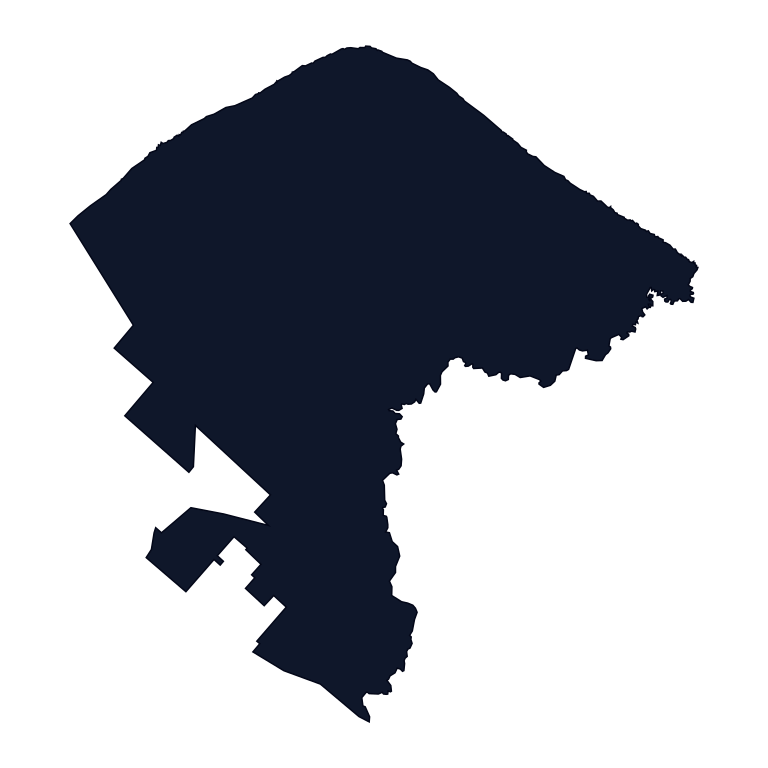 the district of Punta Indio, Buenos Aires, Argentina, rotated 270°
{"feature_id": "61730980B33989982283720", "entity_name": "Punta Indio", "entity_type": "district", "adm_level": 2, "iso_a3": "ARG", "parent_name": "Argentina", "parent_adm1": "Buenos Aires", "projection": "robinson", "projection_center": [-57.315, -35.457], "detail": "fine", "context": "isolated", "style": "filled", "palette": "ink", "viewbox_px": 768, "rotation_deg": 270, "n_neighbors": 0, "source": "geoboundaries", "source_scale": "gbopen_adm2", "svg_char_len": 6140}
<svg xmlns="http://www.w3.org/2000/svg" viewBox="0 0 768 768"><g transform="rotate(270 384 384)"><path d="M500.6,697.9L501.2,695.9L502.6,696.5L503.2,695.2L505.1,695.0L505.0,693.7L506.6,693.7L505.4,691.9L506.3,689.4L508.4,688.5L508.3,687.6L510.8,685.6L510.5,684.6L512.3,682.7L511.7,681.7L513.1,681.7L512.8,680.6L513.8,680.7L513.5,679.9L515.3,677.4L518.9,675.4L518.9,673.1L522.8,670.0L525.3,665.6L525.7,663.1L528.2,663.1L530.1,658.8L531.5,657.8L531.1,655.0L533.5,654.3L534.5,650.1L537.2,648.3L536.5,646.4L537.8,645.5L539.4,640.8L542.1,638.3L543.7,638.3L544.9,636.7L544.4,635.2L547.6,632.5L547.1,631.1L548.1,630.2L547.8,627.6L549.8,624.3L550.7,624.2L553.4,617.5L554.8,617.1L555.4,614.8L558.1,613.3L560.4,610.6L561.4,610.6L560.4,609.4L560.7,607.6L567.0,601.0L566.9,597.5L571.7,593.4L573.1,590.0L574.7,589.3L574.7,586.5L576.5,586.2L576.3,584.4L578.5,579.8L584.8,570.2L587.3,567.9L588.2,565.6L591.6,563.9L595.6,554.8L602.5,544.2L611.2,535.9L611.6,532.8L614.2,527.6L616.2,526.3L617.8,526.4L620.6,521.0L624.7,517.6L628.0,512.8L628.9,512.8L632.4,508.0L632.0,507.1L634.0,506.2L635.9,503.4L636.2,501.6L637.4,501.4L652.7,483.7L667.0,464.4L669.3,462.9L672.1,458.7L674.7,456.8L680.6,449.5L688.1,438.2L694.2,433.4L698.1,427.8L700.5,420.8L704.8,412.0L706.8,410.2L708.1,407.4L709.9,396.4L715.7,382.5L716.7,381.8L718.0,378.1L717.6,377.4L719.3,375.9L720.1,371.5L721.6,370.1L721.9,365.7L720.4,364.8L720.5,360.0L719.3,358.3L720.3,350.8L720.0,346.8L718.7,344.6L719.4,343.0L719.0,341.3L713.7,332.0L714.0,330.4L712.3,327.1L710.7,325.4L710.6,322.9L706.9,314.9L704.7,313.2L705.0,311.6L702.1,305.5L702.4,302.3L696.4,294.2L695.8,292.2L694.7,292.1L692.5,289.2L690.9,284.6L686.9,277.7L687.2,276.9L685.4,276.8L685.8,276.0L683.7,274.2L678.8,265.0L675.0,260.1L675.2,258.7L674.3,258.2L673.5,255.5L670.0,252.3L662.3,234.9L660.5,225.9L653.8,214.0L651.4,206.4L649.4,204.2L643.2,191.5L637.0,184.7L636.7,183.2L635.4,183.0L635.6,181.8L633.0,180.5L633.4,179.1L631.8,178.7L632.8,177.1L630.7,174.0L629.6,173.9L627.6,170.8L627.4,168.3L625.6,166.9L624.5,163.0L625.7,161.2L622.5,160.3L623.2,158.5L620.6,158.2L620.6,156.8L617.7,156.5L615.3,149.9L611.7,148.0L609.7,144.9L608.3,144.7L599.5,131.8L589.6,123.2L588.7,121.3L587.7,121.3L578.7,110.9L573.4,106.2L562.4,90.6L552.2,78.0L544.4,70.1L442.8,133.4L419.9,114.2L385.6,153.2L352.2,124.8L295.7,188.9L301.3,193.4L342.6,195.4L273.1,270.5L255.9,254.7L242.5,268.5L254.0,223.8L260.3,190.9L235.2,161.5L240.3,155.7L235.2,154.1L218.5,151.4L210.4,146.2L176.3,185.9L208.5,214.0L202.9,220.2L206.7,223.4L212.3,217.3L231.3,234.0L219.9,247.2L218.3,245.8L203.7,261.0L193.2,251.6L190.2,254.8L179.6,245.5L162.3,264.2L172.5,273.7L160.9,286.3L126.8,256.8L124.3,259.8L116.1,252.9L97.3,283.9L83.9,320.4L51.4,359.0L46.1,369.2L51.2,369.6L61.2,365.2L62.1,362.9L70.4,361.8L75.8,366.3L75.7,367.6L74.4,369.1L74.0,378.4L75.7,382.2L74.0,383.5L73.7,386.3L73.9,387.7L77.0,388.1L76.2,390.5L76.8,391.4L82.5,390.8L87.7,386.9L88.9,388.6L92.1,390.0L95.2,395.0L99.9,397.2L98.9,400.4L96.7,402.5L97.4,403.9L104.4,404.6L107.4,404.1L109.8,405.1L111.6,407.2L116.5,406.6L118.9,407.9L119.9,410.0L124.6,412.1L128.4,410.9L131.1,411.2L132.6,409.6L137.0,412.3L148.5,414.5L155.7,417.1L159.8,415.4L162.8,412.8L164.9,407.7L166.3,401.5L172.5,391.7L181.3,391.9L186.9,389.4L195.5,395.5L201.5,395.5L211.9,399.7L221.4,397.6L226.4,392.2L235.3,389.4L236.0,385.6L240.2,387.8L243.4,387.8L250.7,386.8L251.7,386.3L252.6,383.2L258.3,383.4L259.7,382.5L260.5,382.7L261.0,385.2L264.3,386.5L267.8,384.7L282.8,384.3L287.7,382.5L294.7,389.8L295.2,392.5L293.1,396.9L293.9,398.7L297.9,396.6L298.7,398.7L302.2,401.1L308.8,401.6L318.8,400.2L321.8,400.9L324.0,403.7L325.9,400.7L330.3,398.4L332.0,398.4L334.4,395.8L338.7,397.0L344.3,395.4L348.5,397.2L348.9,400.9L351.3,402.2L354.2,399.5L354.5,395.1L357.0,392.9L357.3,389.1L358.4,388.5L360.0,391.9L357.7,396.6L357.6,398.8L359.6,402.1L362.8,401.3L364.1,401.9L363.5,404.3L364.5,406.2L363.8,408.0L364.0,411.4L366.2,414.7L368.7,415.9L364.7,419.2L364.9,420.7L374.1,423.7L379.9,424.3L384.1,427.6L384.2,429.7L377.9,433.1L376.0,435.1L376.2,436.4L383.8,440.5L392.6,440.4L396.2,442.0L402.0,448.0L405.8,447.9L408.9,450.2L408.9,453.3L410.2,454.8L411.2,458.5L409.9,462.2L406.4,463.5L405.6,465.4L404.5,465.8L402.3,464.7L401.6,465.6L401.9,468.4L404.3,472.1L403.7,472.9L400.7,472.8L399.5,473.7L400.0,482.4L396.0,484.9L395.0,487.4L391.8,488.8L393.3,495.9L395.6,498.6L395.9,500.4L394.6,501.6L389.7,501.4L388.0,502.9L387.2,505.5L388.5,508.3L392.7,508.5L394.2,510.6L393.6,515.1L390.5,520.2L392.1,530.1L388.4,539.5L386.9,540.9L385.1,539.0L383.9,539.0L380.6,543.6L382.7,550.4L386.8,554.8L392.9,556.2L393.4,559.2L397.1,562.5L397.4,566.5L398.6,568.6L419.5,575.7L420.1,577.0L418.0,579.4L417.1,582.5L417.8,587.4L413.1,588.4L411.8,585.6L409.7,585.5L407.3,596.1L407.5,602.1L413.3,605.5L415.2,608.0L419.2,610.7L420.9,610.5L422.2,608.9L429.3,610.2L430.3,611.3L433.6,618.9L430.7,621.6L428.8,620.9L428.3,623.1L432.2,628.8L433.8,628.7L434.8,626.9L436.0,627.3L436.0,629.9L436.8,631.6L436.0,635.0L439.0,635.7L440.5,635.2L441.9,632.3L443.7,633.1L443.3,635.4L445.9,635.7L444.9,637.8L447.9,636.9L449.0,638.0L451.5,638.5L452.4,641.4L451.3,642.1L451.3,643.1L453.1,644.8L455.9,642.7L459.4,641.8L461.2,645.6L459.1,647.1L460.7,648.8L460.6,650.3L461.6,650.7L462.6,648.6L463.8,648.3L463.8,650.4L462.3,651.4L462.2,652.8L466.5,652.8L468.4,651.1L467.3,649.7L468.4,648.8L471.0,652.7L472.8,653.0L473.8,649.7L471.9,648.5L470.6,649.4L470.2,648.4L470.8,646.9L471.9,646.7L473.9,646.6L480.5,650.3L480.5,651.3L477.1,651.7L478.5,653.6L478.3,654.7L476.4,654.7L476.8,657.9L472.5,657.2L472.8,659.2L473.9,660.3L477.2,660.7L477.1,662.7L475.0,663.4L473.7,661.0L472.3,660.9L470.7,663.0L472.5,666.8L470.0,667.2L468.9,664.6L466.9,664.8L466.0,666.0L466.0,667.8L468.6,669.4L468.6,670.6L467.0,671.3L464.4,670.4L463.8,671.1L463.7,672.8L467.0,674.3L467.2,677.5L469.1,678.7L469.4,680.1L466.7,682.6L466.8,685.9L468.5,688.5L465.7,691.1L465.6,692.9L469.8,693.9L471.1,690.5L472.4,689.9L473.5,690.3L473.9,693.1L474.6,693.5L475.5,693.3L476.6,690.4L478.0,690.4L479.3,692.3L480.5,692.5L481.8,689.5L483.3,688.3L486.7,690.1L489.5,690.2L491.3,692.8L494.5,693.9L498.1,697.0L500.6,697.9Z" fill="#0f172a" stroke="#020617" stroke-width="1.5"/></g></svg>